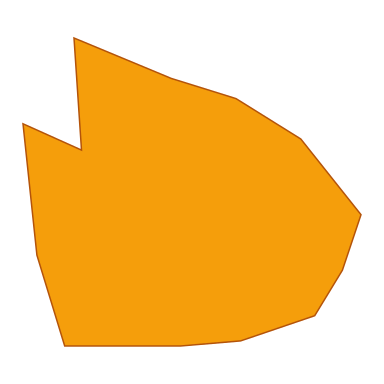 the district of Oikos, Nicosia, Cyprus
{"feature_id": "46923920B70040156355420", "entity_name": "Oikos", "entity_type": "district", "adm_level": 2, "iso_a3": "CYP", "parent_name": "Cyprus", "parent_adm1": "Nicosia", "projection": "equal_earth", "projection_center": [32.84, 35.004], "detail": "fine", "context": "isolated", "style": "filled", "palette": "amber", "viewbox_px": 384, "rotation_deg": 0, "n_neighbors": 0, "source": "geoboundaries", "source_scale": "gbopen_adm2", "svg_char_len": 304}
<svg xmlns="http://www.w3.org/2000/svg" viewBox="0 0 384 384"><path d="M300.8,139.0L236.0,98.6L171.2,78.4L74.0,38.0L81.5,150.1L23.0,123.8L36.9,255.1L64.7,346.0L124.9,346.0L180.4,346.0L240.6,340.9L314.7,315.7L342.4,270.2L361.0,214.7L300.8,139.0Z" fill="#f59e0b" stroke="#b45309" stroke-width="1.5"/></svg>